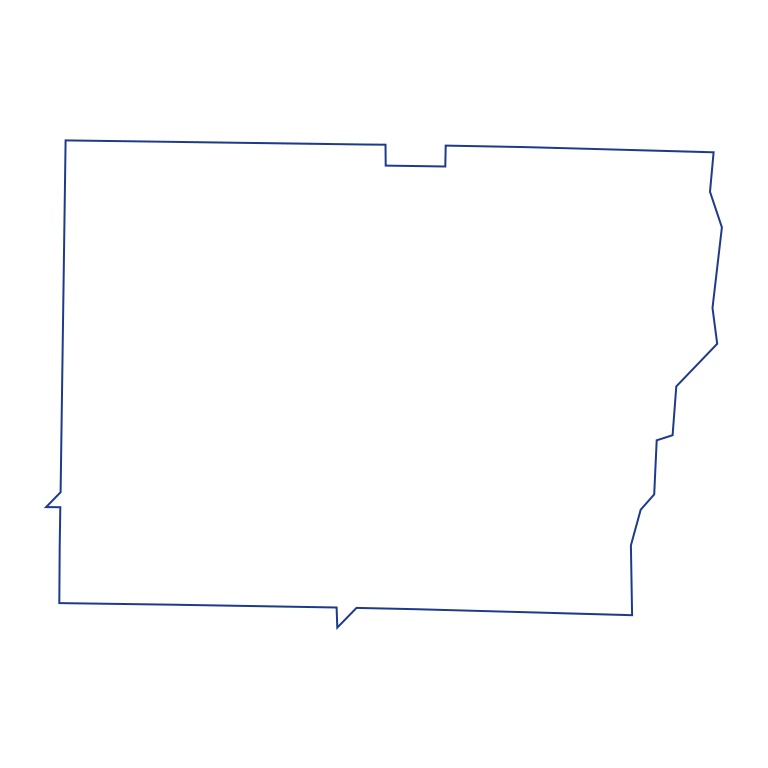 outline of Colquitt, Georgia, United States of America
{"feature_id": "52423323B91495403121400", "entity_name": "Colquitt", "entity_type": "district", "adm_level": 2, "iso_a3": "USA", "parent_name": "United States of America", "parent_adm1": "Georgia", "projection": "robinson", "projection_center": [-83.721, 31.18], "detail": "fine", "context": "isolated", "style": "outline", "palette": "blue", "viewbox_px": 768, "rotation_deg": 0, "n_neighbors": 0, "source": "geoboundaries", "source_scale": "gbopen_adm2", "svg_char_len": 481}
<svg xmlns="http://www.w3.org/2000/svg" viewBox="0 0 768 768"><path d="M416.0,609.2L632.1,615.2L630.9,545.4L640.7,509.7L654.2,494.4L656.7,440.3L672.6,435.2L676.3,386.4L717.2,343.8L712.5,307.9L721.9,227.4L710.0,191.8L713.6,152.3L525.3,147.1L445.7,145.6L445.3,166.5L385.7,165.6L385.5,144.7L363.3,144.5L65.6,140.4L60.6,492.2L46.1,507.1L60.3,507.2L59.7,546.7L59.3,603.1L173.2,604.7L336.6,607.5L337.3,627.6L356.5,607.9L416.0,609.2Z" fill="none" stroke="#1e3a8a" stroke-width="2"/></svg>